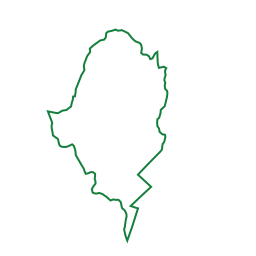 outline of Manaíra, Paraíba, Brazil, rotated 142°
{"feature_id": "56859067B81627893661262", "entity_name": "Manaíra", "entity_type": "district", "adm_level": 2, "iso_a3": "BRA", "parent_name": "Brazil", "parent_adm1": "Paraíba", "projection": "albers", "projection_center": [-38.195, -7.703], "detail": "fine", "context": "isolated", "style": "outline", "palette": "green", "viewbox_px": 256, "rotation_deg": 142, "n_neighbors": 0, "source": "geoboundaries", "source_scale": "gbopen_adm2", "svg_char_len": 1979}
<svg xmlns="http://www.w3.org/2000/svg" viewBox="0 0 256 256"><g transform="rotate(142 128 128)"><path d="M146.0,67.4L148.9,85.1L135.3,87.1L116.4,89.6L114.4,90.2L112.3,92.5L110.3,94.1L108.1,94.7L106.4,96.0L104.0,98.0L103.0,99.9L104.8,101.9L105.5,105.4L103.9,108.5L103.7,111.3L101.9,114.1L99.4,116.8L97.1,116.9L93.2,119.7L91.0,122.1L88.4,122.3L85.6,122.6L82.5,125.0L77.9,128.7L75.6,131.1L74.4,133.0L74.6,136.0L73.0,138.8L70.8,140.6L70.0,143.2L68.6,144.6L65.5,146.8L64.6,149.0L63.3,150.5L61.0,151.6L62.1,154.3L66.6,156.3L65.4,159.3L64.2,161.4L58.1,169.9L60.9,170.0L65.8,167.8L68.0,168.5L67.3,171.6L68.2,174.3L70.9,176.6L71.4,179.0L68.0,182.2L66.4,185.5L66.4,187.6L68.7,191.6L69.2,193.7L69.5,196.3L69.6,202.8L72.6,208.9L74.3,209.8L76.1,211.0L77.2,213.2L80.6,214.4L84.6,216.3L86.8,216.1L89.7,213.1L92.2,212.3L96.1,214.1L104.7,214.4L109.2,214.1L111.0,211.2L116.1,209.7L120.0,207.3L122.5,205.9L124.8,203.8L126.6,200.6L129.7,199.2L131.9,198.5L145.7,190.4L146.8,188.8L148.8,187.1L150.2,185.6L151.9,186.6L154.1,184.3L157.5,181.9L159.6,180.0L165.5,180.1L169.1,182.1L171.8,182.4L174.2,182.9L176.1,184.9L180.9,190.4L184.5,178.8L187.3,176.3L188.7,173.9L190.1,171.1L191.7,168.3L191.0,165.9L190.0,162.6L191.1,160.0L192.1,158.2L192.6,156.0L191.7,153.9L189.9,152.3L188.3,151.1L185.8,150.3L182.1,149.5L181.7,147.5L182.5,144.7L183.8,141.9L185.9,138.6L186.4,134.8L186.8,131.8L187.3,128.4L187.9,123.4L188.8,120.9L189.5,117.9L186.9,116.7L184.5,116.2L182.7,114.6L182.1,112.1L183.7,110.3L185.7,108.2L186.3,106.3L187.8,104.2L191.4,103.3L194.3,101.9L195.6,98.8L194.3,96.7L192.8,95.5L190.6,94.5L188.8,91.6L187.3,86.8L186.8,83.7L186.3,81.6L183.5,80.7L181.8,78.8L179.8,77.4L179.3,74.3L180.3,72.0L181.3,70.3L182.0,68.2L181.3,65.3L181.7,63.0L182.3,61.1L183.6,59.1L185.8,57.4L187.5,55.8L189.4,54.0L191.1,52.2L193.5,50.5L194.8,47.8L195.9,45.5L197.0,42.6L197.9,39.7L185.7,47.5L175.2,54.7L169.6,58.5L171.3,60.9L173.9,64.9L157.2,66.5L148.7,67.2L146.0,67.4Z" fill="none" stroke="#15803d" stroke-width="2"/></g></svg>